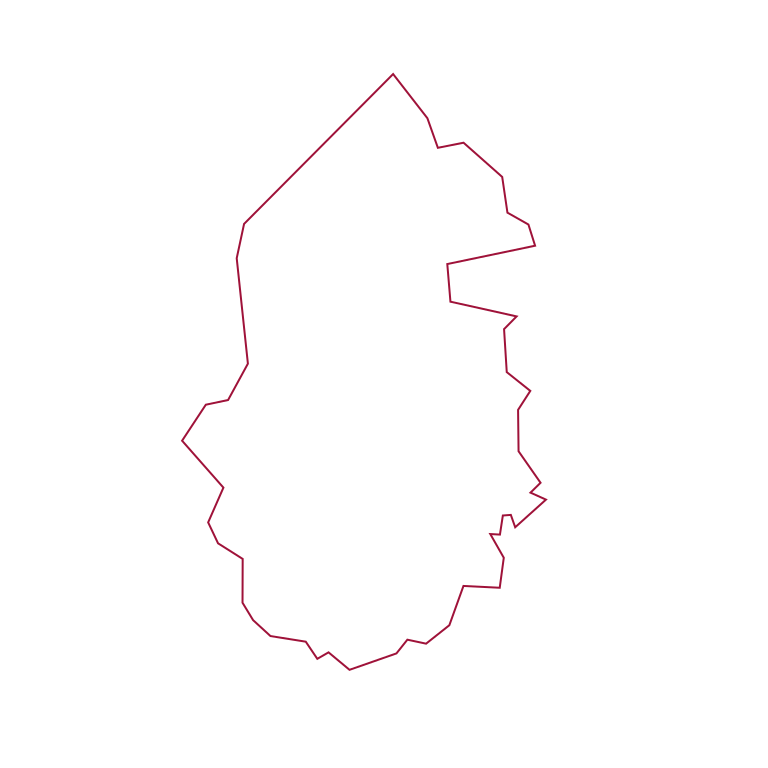 the Region of West Kazakhstan, rotated 119°
{"feature_id": "KAZ-3201", "entity_name": "West Kazakhstan", "entity_type": "Region", "adm_level": 1, "iso_a3": "KAZ", "parent_name": "Kazakhstan", "parent_adm1": "", "projection": "orthographic", "projection_center": [51.03, 49.856], "detail": "coarse", "context": "isolated", "style": "outline", "palette": "rose", "viewbox_px": 768, "rotation_deg": 119, "n_neighbors": 0, "source": "natural_earth", "source_scale": "10m", "svg_char_len": 754}
<svg xmlns="http://www.w3.org/2000/svg" viewBox="0 0 768 768"><g transform="rotate(119 384 384)"><path d="M506.1,184.0L522.1,216.6L563.3,209.9L590.7,221.3L596.3,239.6L613.6,242.5L650.7,275.6L645.6,302.4L656.7,309.1L647.3,327.5L659.5,361.1L654.0,384.0L643.9,401.7L605.5,422.8L603.8,451.9L590.3,470.7L552.5,474.2L531.5,533.1L488.5,529.8L473.6,512.6L432.2,512.9L345.4,573.8L311.8,584.0L108.5,526.3L130.5,474.9L151.3,451.4L134.4,431.4L145.6,381.0L174.3,359.1L174.5,335.0L189.8,318.9L248.4,386.8L279.8,365.8L260.6,300.8L277.8,305.6L314.1,282.4L319.1,252.7L341.6,254.2L377.6,233.7L394.5,199.2L408.0,203.2L406.6,186.3L445.7,199.8L437.0,209.6L441.4,216.3L459.5,209.6L463.7,218.3L477.9,195.0L506.1,184.0Z" fill="none" stroke="#9f1239" stroke-width="2"/></g></svg>